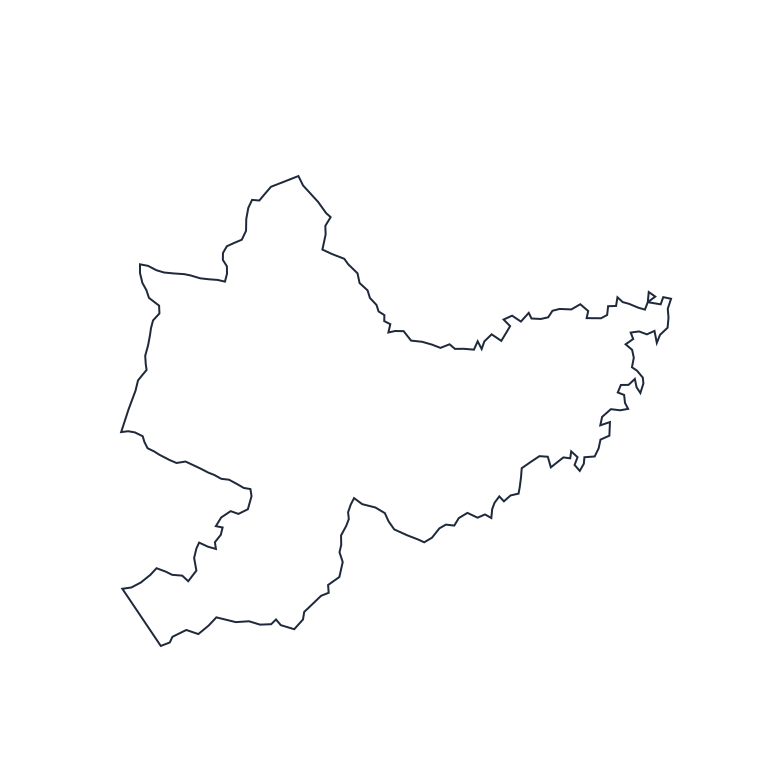 the district of Joaquim Távora, Paraná, Brazil, rotated 78°
{"feature_id": "56859067B32380162791595", "entity_name": "Joaquim Távora", "entity_type": "district", "adm_level": 2, "iso_a3": "BRA", "parent_name": "Brazil", "parent_adm1": "Paraná", "projection": "orthographic", "projection_center": [-49.909, -23.438], "detail": "fine", "context": "isolated", "style": "outline", "palette": "slate", "viewbox_px": 768, "rotation_deg": 78, "n_neighbors": 0, "source": "geoboundaries", "source_scale": "gbopen_adm2", "svg_char_len": 3244}
<svg xmlns="http://www.w3.org/2000/svg" viewBox="0 0 768 768"><g transform="rotate(78 384 384)"><path d="M547.2,377.6L544.3,369.0L536.7,359.8L534.4,352.7L537.1,344.7L530.7,338.7L527.4,329.2L534.2,320.3L532.6,312.3L537.4,306.9L528.9,304.2L523.2,300.6L517.9,294.6L523.7,291.1L519.3,283.3L519.2,275.2L513.2,272.7L503.5,269.3L495.0,266.8L490.8,256.8L486.9,247.0L489.2,238.9L500.2,238.1L493.1,223.8L495.4,217.3L488.8,214.9L495.8,209.9L502.8,214.4L509.7,210.6L503.5,205.1L497.3,203.2L498.7,193.0L491.5,187.4L483.4,183.8L481.4,174.3L468.2,170.9L469.4,181.0L461.5,177.5L455.8,167.3L458.8,158.5L459.1,150.4L452.6,152.2L444.6,151.4L440.9,157.1L434.2,152.5L435.7,145.0L431.2,137.6L439.7,137.6L446.1,135.1L437.5,130.2L431.6,129.5L423.5,133.8L419.2,138.0L410.3,134.2L402.2,134.2L395.4,139.4L391.8,130.9L385.0,132.0L385.6,123.6L390.1,116.5L388.3,108.4L400.5,108.6L393.3,103.8L387.9,94.9L378.2,91.9L369.4,90.8L360.3,85.5L357.1,92.8L363.6,96.8L358.8,109.0L365.5,113.3L362.1,119.6L356.5,127.7L353.5,133.5L347.7,137.6L355.9,140.8L354.5,148.6L362.9,151.4L364.8,158.1L361.7,172.1L355.1,169.1L346.8,175.4L350.0,185.3L347.1,196.6L347.4,204.0L352.9,209.5L353.0,217.0L350.6,226.1L344.5,227.6L351.4,237.1L343.8,244.5L345.8,253.6L353.6,248.6L358.4,253.0L366.2,260.3L357.8,268.4L363.2,277.0L370.1,281.2L361.7,283.5L369.1,288.9L366.2,298.5L364.4,307.3L358.8,311.6L360.4,321.3L355.5,328.8L350.6,338.0L347.2,348.5L336.4,353.8L334.5,362.0L334.5,369.0L326.8,365.4L322.5,370.7L316.7,369.3L311.9,374.2L305.1,374.9L296.9,379.9L289.0,380.6L280.2,386.9L270.2,386.9L259.5,394.1L253.3,396.8L246.1,407.8L239.7,416.3L225.6,410.0L217.1,408.5L209.7,401.5L204.8,405.1L192.2,410.6L173.0,421.9L162.8,424.5L167.6,453.6L174.1,462.1L178.6,467.8L176.5,474.8L183.5,480.1L193.9,484.4L205.5,487.1L213.3,493.1L214.8,501.0L216.6,509.1L222.4,514.3L229.2,515.8L236.2,513.2L243.4,514.6L250.8,518.3L247.6,525.1L245.1,533.7L242.4,541.8L237.6,550.6L235.0,556.6L232.1,566.8L229.2,576.0L225.3,583.1L219.4,590.2L216.2,597.8L224.7,599.6L235.0,599.3L242.8,596.9L250.9,596.0L260.6,587.7L268.3,589.0L273.8,596.7L280.9,600.3L287.7,602.8L297.1,606.7L306.7,611.7L314.9,612.9L320.9,613.3L324.8,618.3L329.4,623.9L338.8,628.4L355.8,639.2L376.4,651.1L377.0,644.1L379.5,637.8L384.9,630.9L390.9,630.4L397.7,628.6L402.2,622.8L406.6,618.3L413.8,609.5L418.1,603.4L418.6,594.2L428.4,581.3L434.2,574.2L437.7,568.9L442.9,562.9L445.4,555.5L451.7,548.1L456.5,542.8L459.0,536.5L466.2,536.9L478.2,543.2L480.8,553.4L476.5,560.4L480.7,571.0L488.1,578.0L490.8,571.7L497.6,575.0L503.6,582.3L510.4,582.7L506.5,590.1L500.7,597.8L505.9,601.7L514.7,605.9L527.5,606.3L536.2,616.5L529.5,621.2L526.6,630.9L522.1,636.6L516.9,644.8L522.1,652.2L527.6,663.1L530.5,673.4L529.9,682.5L593.8,656.8L592.3,647.3L587.3,643.5L583.5,628.5L590.0,617.6L583.8,605.7L577.4,596.5L586.1,578.5L588.0,565.4L593.6,555.3L595.5,544.3L591.9,538.6L598.4,535.1L605.2,522.8L597.5,512.2L590.3,509.4L585.5,501.5L578.1,489.6L576.7,481.5L569.0,480.5L563.5,467.8L549.6,461.4L539.3,462.5L532.5,459.3L523.2,457.5L515.0,450.5L508.8,446.5L502.0,445.8L495.0,441.6L489.4,437.0L497.0,430.3L503.0,418.1L510.5,410.0L519.2,408.1L528.4,404.2L536.7,392.9L543.3,382.8L547.2,377.6ZM358.8,109.0L354.9,100.5L349.1,105.9L358.8,109.0Z" fill="none" stroke="#1e293b" stroke-width="2"/></g></svg>